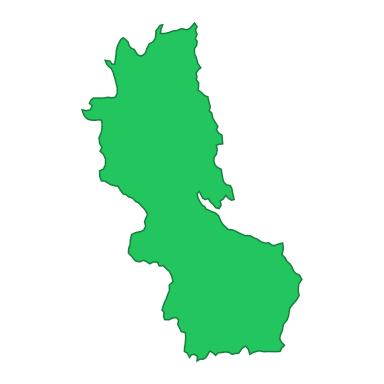 the district of Rio Casca, Minas Gerais, Brazil
{"feature_id": "56859067B885632128297", "entity_name": "Rio Casca", "entity_type": "district", "adm_level": 2, "iso_a3": "BRA", "parent_name": "Brazil", "parent_adm1": "Minas Gerais", "projection": "equal_earth", "projection_center": [-42.663, -20.132], "detail": "fine", "context": "isolated", "style": "filled", "palette": "green", "viewbox_px": 384, "rotation_deg": 0, "n_neighbors": 0, "source": "geoboundaries", "source_scale": "gbopen_adm2", "svg_char_len": 3661}
<svg xmlns="http://www.w3.org/2000/svg" viewBox="0 0 384 384"><path d="M284.5,345.3L281.2,341.8L279.6,338.5L280.5,335.0L282.3,330.4L283.4,324.5L286.9,320.1L288.6,315.9L289.0,312.4L289.7,308.5L291.6,305.8L293.7,303.2L296.4,300.2L299.1,295.6L298.2,290.2L298.7,283.9L301.9,279.5L299.4,275.1L295.4,273.2L293.4,270.5L292.1,267.1L289.7,263.7L286.8,261.2L285.2,257.9L282.0,254.6L283.4,248.2L282.6,243.0L277.9,244.2L274.8,245.5L272.1,245.3L269.0,242.9L265.3,243.1L261.3,242.0L257.2,239.0L253.8,237.9L251.1,236.1L247.9,235.5L245.1,235.7L241.7,234.2L238.2,232.6L234.6,230.6L232.0,229.8L228.2,229.5L225.9,227.3L222.7,224.3L220.4,220.4L218.6,215.7L215.3,212.9L212.2,211.8L209.3,210.4L206.1,209.2L204.6,206.5L202.1,205.0L200.0,201.8L197.9,197.8L197.1,193.6L199.3,191.4L201.2,195.2L202.7,198.2L205.4,199.5L208.4,198.5L210.4,202.0L213.2,204.5L215.7,207.7L219.0,208.7L221.1,205.3L220.2,200.9L223.3,199.0L225.7,195.4L228.6,198.5L231.5,200.2L234.2,199.5L232.6,192.9L231.9,188.8L230.4,185.6L226.4,184.8L223.7,181.8L222.7,178.1L222.1,174.7L221.2,169.3L217.4,167.4L215.0,164.9L213.9,161.4L214.0,157.5L216.3,154.4L217.3,149.3L216.3,145.3L218.9,144.3L222.7,143.9L222.0,135.2L218.5,133.0L216.4,129.8L217.9,126.6L215.7,123.0L212.9,118.4L211.6,112.8L209.2,110.9L210.3,106.7L208.8,101.2L207.8,96.8L204.7,95.7L200.8,92.0L198.1,90.1L198.6,86.5L198.6,82.5L196.4,80.0L196.9,76.4L196.1,73.1L198.5,69.6L200.8,67.8L197.7,63.2L196.3,57.6L194.5,53.7L194.5,48.4L196.5,45.8L197.2,41.5L195.3,38.9L197.1,34.3L195.4,30.0L197.1,26.7L194.5,23.0L191.5,26.6L189.4,28.6L186.6,29.9L183.4,28.9L180.7,28.9L177.3,30.4L172.7,31.1L168.7,32.6L164.6,33.5L160.4,33.5L161.0,29.1L162.7,24.8L160.0,25.4L158.2,28.0L155.9,30.9L155.8,35.5L155.1,38.8L152.5,42.2L149.3,43.8L147.2,47.9L145.4,52.9L143.0,55.2L140.5,56.0L137.5,54.7L134.3,49.5L131.2,48.2L129.1,45.6L128.2,42.2L125.6,39.5L123.1,37.7L120.9,39.4L119.0,42.8L117.3,46.6L116.4,50.3L116.0,55.0L115.4,59.8L114.6,64.3L112.0,64.1L109.7,61.0L105.2,60.4L106.7,64.1L109.0,66.8L111.4,68.7L113.3,72.7L114.6,77.5L115.8,81.9L117.3,87.8L117.3,93.3L115.3,97.2L111.3,97.9L108.3,97.2L104.7,97.9L100.9,98.2L97.6,98.0L93.2,98.1L90.8,100.3L89.4,103.5L92.4,105.8L90.1,109.9L86.4,110.6L82.1,109.9L83.8,114.9L85.8,117.5L88.0,119.3L90.6,120.0L94.9,120.3L98.8,119.8L101.6,120.3L102.1,123.7L102.0,128.1L101.3,132.3L99.0,137.8L99.7,143.6L101.9,147.2L100.1,151.2L103.5,154.4L105.6,159.3L105.3,165.3L103.2,169.3L99.5,170.9L99.8,176.5L101.3,180.9L104.5,181.0L107.9,183.0L110.5,184.6L113.8,185.5L118.0,186.3L120.2,189.9L122.9,193.7L126.5,194.9L128.7,196.9L132.8,198.2L135.6,201.5L138.6,202.8L141.8,206.3L145.3,210.1L147.6,214.5L145.6,218.7L144.5,221.9L145.7,226.3L143.7,230.1L140.8,231.6L137.4,232.2L134.9,232.9L131.6,234.6L130.3,239.9L130.1,244.9L128.7,248.2L128.4,253.1L131.7,256.4L135.4,260.9L139.6,261.9L143.7,260.2L146.8,261.9L149.7,263.8L153.7,261.8L157.4,262.2L159.4,266.0L163.3,265.7L166.8,269.2L169.3,271.3L171.5,275.6L173.1,281.7L169.3,284.9L169.4,290.9L167.6,294.7L166.4,298.6L164.5,302.4L163.2,306.1L162.0,310.0L164.1,312.6L163.7,316.4L164.6,319.6L168.9,319.8L173.2,317.8L176.7,317.7L178.6,320.1L177.7,324.5L179.3,327.3L181.3,331.7L185.3,332.6L185.7,337.0L185.3,343.1L184.5,348.1L184.4,351.5L187.4,353.2L189.5,357.4L191.5,354.7L194.4,354.4L197.4,356.3L197.1,361.0L200.1,359.1L203.3,359.2L205.9,357.6L207.5,355.0L209.8,351.0L212.9,352.8L215.6,355.4L218.1,352.9L221.7,352.5L225.6,351.9L229.0,352.4L232.1,354.3L235.2,353.6L238.7,353.2L240.5,350.6L242.2,348.1L245.7,346.1L248.5,349.5L249.8,354.4L253.2,352.4L256.1,351.6L259.2,350.8L262.9,351.6L265.5,351.7L268.0,351.5L272.0,351.6L275.6,351.7L280.2,351.4L281.6,348.2L284.5,345.3Z" fill="#22c55e" stroke="#15803d" stroke-width="1.5"/></svg>